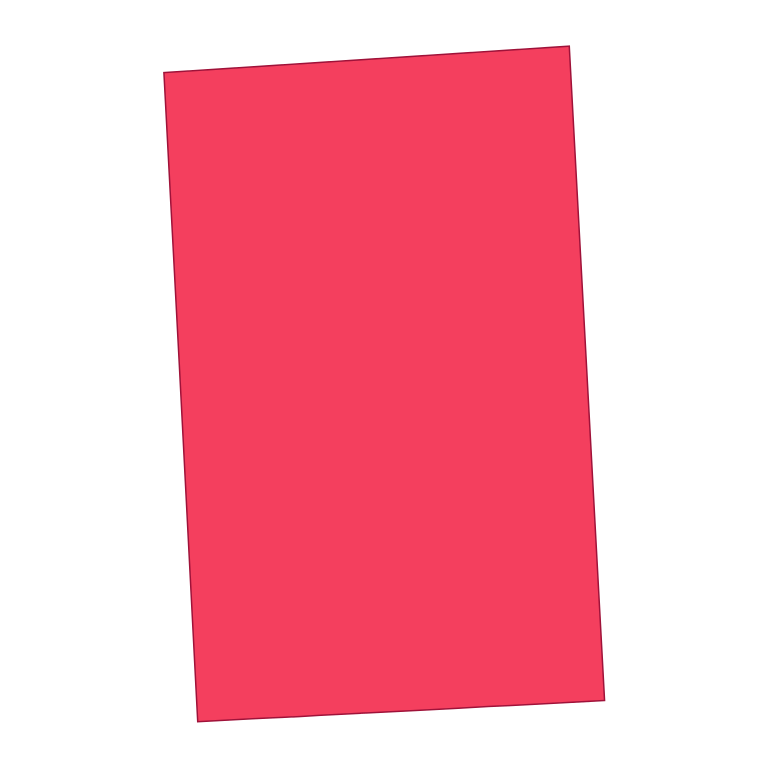 Gaines, Texas, United States of America, rotated 267°
{"feature_id": "52423323B42726904643682", "entity_name": "Gaines", "entity_type": "district", "adm_level": 2, "iso_a3": "USA", "parent_name": "United States of America", "parent_adm1": "Texas", "projection": "natural_earth1", "projection_center": [-102.926, 32.741], "detail": "fine", "context": "isolated", "style": "filled", "palette": "rose", "viewbox_px": 768, "rotation_deg": 267, "n_neighbors": 0, "source": "geoboundaries", "source_scale": "gbopen_adm2", "svg_char_len": 473}
<svg xmlns="http://www.w3.org/2000/svg" viewBox="0 0 768 768"><g transform="rotate(267 384 384)"><path d="M705.4,586.7L711.7,586.7L706.5,180.5L413.1,180.6L56.5,180.3L56.6,235.4L56.5,254.7L56.4,264.9L56.4,274.9L56.3,275.3L56.3,282.6L56.5,302.1L56.5,303.0L56.4,343.0L56.5,343.9L56.4,349.8L56.3,397.1L56.3,413.8L56.3,430.5L56.3,438.1L56.5,471.8L56.3,492.2L56.3,513.4L56.3,514.8L56.3,526.3L56.4,587.7L705.4,586.7Z" fill="#f43f5e" stroke="#9f1239" stroke-width="1.5"/></g></svg>